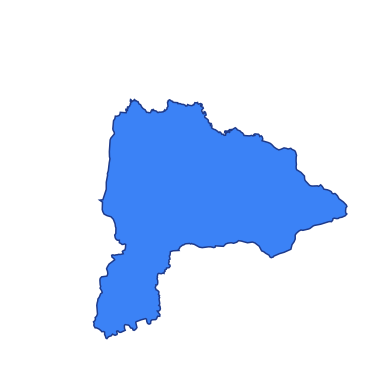 outline of Kueneng, Berea, Lesotho, rotated 339°
{"feature_id": "5366337B11149165517433", "entity_name": "Kueneng", "entity_type": "district", "adm_level": 2, "iso_a3": "LSO", "parent_name": "Lesotho", "parent_adm1": "Berea", "projection": "orthographic", "projection_center": [27.999, -29.014], "detail": "fine", "context": "isolated", "style": "filled", "palette": "blue", "viewbox_px": 384, "rotation_deg": 339, "n_neighbors": 0, "source": "geoboundaries", "source_scale": "gbopen_adm2", "svg_char_len": 6042}
<svg xmlns="http://www.w3.org/2000/svg" viewBox="0 0 384 384"><g transform="rotate(339 192 192)"><path d="M328.7,268.0L328.0,266.6L328.6,264.6L330.1,261.8L331.4,261.1L331.4,259.5L329.8,255.6L326.8,251.0L326.4,247.7L325.5,245.5L324.9,244.6L323.3,244.3L322.4,243.5L322.1,241.5L320.9,240.0L319.1,238.4L316.2,236.7L315.6,233.5L314.7,231.4L312.2,232.1L311.3,231.2L306.0,229.4L304.2,228.0L302.0,222.5L301.7,221.3L302.0,219.5L302.7,217.4L300.8,212.8L297.7,208.7L297.7,207.5L298.3,205.6L299.3,203.8L300.2,200.6L301.8,196.7L302.7,195.3L303.0,191.9L302.7,190.2L300.5,187.9L299.9,186.6L297.1,186.3L295.8,185.1L293.7,183.8L290.4,184.0L288.1,183.8L286.3,181.8L284.8,179.6L283.5,176.4L282.6,174.8L281.0,173.2L275.8,169.2L277.1,167.9L277.3,165.6L276.7,164.3L275.2,164.5L275.2,163.1L274.8,161.9L271.6,160.3L270.4,160.5L270.8,161.7L268.9,161.4L267.9,160.5L265.7,160.2L260.8,157.9L260.8,156.7L260.3,154.9L259.5,154.1L258.8,152.3L256.5,150.1L256.3,148.8L255.4,147.5L252.1,148.1L251.6,147.9L251.6,148.4L251.0,148.7L250.7,148.6L250.0,147.4L249.3,147.2L249.1,147.7L249.5,148.1L248.7,149.6L248.1,149.8L247.7,149.2L248.6,148.2L248.6,147.8L247.3,147.8L246.5,148.9L246.2,148.6L246.3,148.1L245.9,147.3L244.8,146.9L244.3,147.1L244.0,147.8L245.0,147.8L245.4,148.4L244.8,149.5L244.1,149.4L243.9,150.8L243.6,151.0L242.3,150.6L241.8,149.2L240.6,148.9L240.0,146.5L239.5,145.9L238.7,146.3L238.1,145.9L237.8,144.8L236.0,142.1L234.7,141.2L233.3,139.1L234.3,137.5L233.0,136.6L233.4,135.6L234.5,135.6L234.4,134.9L234.1,134.6L233.5,134.8L232.8,134.2L232.8,133.3L232.3,132.4L232.8,131.5L232.9,130.5L231.8,128.4L230.8,127.1L230.7,126.4L231.4,125.4L232.8,125.2L233.1,123.1L232.9,121.9L232.2,121.3L231.3,123.1L230.8,123.1L230.3,122.6L230.4,121.5L230.0,120.2L230.5,118.9L232.6,117.9L232.6,116.8L231.2,115.5L230.9,114.6L231.3,114.2L231.8,114.6L232.4,114.7L232.7,114.3L232.7,113.6L231.8,112.5L229.4,112.2L229.2,111.7L229.3,110.4L228.0,110.3L226.7,109.6L225.0,111.2L224.5,110.9L223.6,111.4L222.5,111.2L220.5,110.1L219.3,108.8L218.1,109.8L217.0,109.5L216.7,108.5L215.5,107.2L213.9,106.5L212.7,105.3L210.5,104.4L210.7,103.5L206.5,101.5L206.4,100.4L205.3,99.7L204.9,98.8L204.1,97.9L202.7,98.1L202.2,98.5L202.2,99.1L201.3,99.4L200.3,103.5L198.8,104.5L198.5,105.5L197.3,105.8L196.4,106.5L195.7,106.4L195.6,105.9L195.1,106.6L194.3,106.4L193.8,106.8L191.2,106.2L189.9,105.6L189.4,105.8L188.4,105.4L187.7,103.7L185.9,102.4L185.4,101.1L185.0,101.3L184.9,101.9L184.6,102.0L184.2,100.9L183.7,101.0L181.7,103.0L180.1,102.5L179.4,101.8L178.2,101.4L177.7,98.4L176.4,96.9L175.6,95.0L175.2,92.0L174.1,90.8L174.0,88.3L173.4,88.0L172.5,86.7L171.6,86.5L171.7,85.4L171.4,85.0L170.1,85.8L169.1,85.8L168.0,84.6L168.1,83.9L167.8,83.6L166.9,85.1L167.1,85.5L168.0,85.7L168.0,86.2L167.3,86.3L166.2,87.2L166.2,87.9L164.8,89.0L164.4,89.6L163.6,89.9L162.6,89.5L162.1,89.7L162.4,90.7L161.5,91.4L161.0,92.7L160.4,92.4L160.5,91.1L160.0,91.0L159.6,91.7L159.7,93.3L158.9,94.4L153.6,91.9L152.7,93.4L151.5,94.4L149.1,94.4L147.6,93.7L146.2,96.0L144.3,97.3L140.7,104.7L140.5,106.0L140.8,108.4L140.3,110.0L135.6,112.6L134.2,114.1L129.3,124.7L127.6,129.5L127.3,131.6L125.3,134.9L121.4,142.3L119.6,144.5L119.2,146.1L115.5,152.1L112.9,158.8L106.0,167.3L102.9,166.5L104.8,169.4L101.9,176.2L101.7,178.3L102.0,181.1L104.2,183.6L107.5,186.1L108.8,189.3L108.8,194.1L108.1,196.9L108.1,198.3L106.0,203.4L104.4,204.5L103.9,207.3L104.2,208.9L104.8,210.0L105.7,210.6L106.9,211.0L106.0,213.3L107.3,214.8L107.9,215.9L109.1,216.3L110.4,216.3L111.3,217.2L109.7,220.6L108.5,222.1L106.9,222.1L105.7,222.5L105.7,225.0L102.9,224.7L101.1,223.9L99.6,223.8L98.6,223.4L97.3,223.4L95.5,222.3L94.3,222.3L94.0,224.1L95.2,226.1L95.5,227.6L88.7,229.6L85.9,231.8L84.7,233.1L84.7,235.6L84.4,237.0L84.1,238.1L83.2,239.3L82.3,240.0L77.3,238.8L75.4,239.7L74.5,241.1L73.6,243.9L73.0,245.9L73.0,247.3L71.7,248.9L72.3,251.9L72.1,253.8L70.2,254.3L67.7,257.0L65.9,258.1L64.9,260.0L63.7,261.6L62.5,263.7L60.0,272.1L58.2,273.9L56.6,274.5L56.3,276.1L55.1,277.4L53.5,277.9L53.5,279.6L52.6,281.2L52.6,282.3L52.9,284.1L54.0,284.5L55.9,286.4L57.3,288.7L57.7,290.1L59.5,290.6L60.2,291.5L59.3,293.9L59.5,295.1L59.3,297.5L60.0,298.4L62.2,297.2L65.1,297.3L66.8,296.2L68.8,298.2L70.8,298.2L71.4,297.6L71.7,295.1L72.2,294.9L73.1,295.2L73.8,296.9L75.2,297.5L80.1,297.2L80.1,295.1L80.9,292.7L81.3,292.2L82.2,291.9L85.1,293.6L85.5,294.3L86.0,296.9L87.7,298.1L87.4,299.5L88.3,300.4L90.0,300.1L92.0,298.9L92.7,293.7L93.4,293.1L98.7,293.1L103.3,293.6L103.9,294.4L103.4,296.6L103.4,298.4L104.0,299.6L104.9,300.0L106.2,299.9L107.3,297.7L108.4,297.1L109.2,297.1L112.3,298.1L113.4,297.7L115.3,295.7L117.3,296.5L118.1,295.0L117.0,290.8L118.3,291.2L119.4,291.0L120.6,289.8L121.2,287.0L120.3,286.1L121.5,285.2L122.0,284.3L122.9,280.0L123.9,279.0L123.8,277.7L124.6,276.9L123.9,275.7L124.9,274.3L125.3,273.2L124.5,271.4L123.5,270.5L123.5,267.9L124.6,266.8L125.0,265.8L125.9,266.2L126.7,265.8L127.5,264.5L128.2,262.5L128.3,260.4L129.2,259.3L129.1,258.8L130.6,256.4L131.7,256.0L134.0,257.3L135.9,257.3L136.7,258.0L137.3,256.8L138.4,256.4L138.5,255.2L140.3,254.9L140.9,253.9L143.6,254.4L145.0,253.4L145.2,252.2L144.4,251.3L144.7,249.9L145.7,249.0L145.7,247.9L146.2,247.2L147.4,246.8L147.9,243.6L148.9,243.0L150.5,239.9L153.3,240.1L158.9,241.9L158.7,240.9L159.8,240.4L160.9,239.2L164.1,238.2L165.3,238.4L167.3,238.0L171.3,239.2L172.0,240.0L173.2,240.0L173.4,240.4L175.3,241.6L179.1,246.1L181.6,247.6L187.8,249.1L189.8,249.9L192.4,251.7L193.8,251.8L194.6,250.7L201.9,254.0L204.9,252.6L207.2,252.6L210.4,253.4L212.5,254.8L215.8,254.9L218.0,254.1L220.5,255.5L225.6,259.3L230.5,260.4L232.5,262.1L235.3,266.7L235.9,271.9L237.5,273.4L238.9,275.7L241.3,278.6L241.5,280.6L242.4,281.7L244.6,281.8L245.4,281.2L251.6,280.9L256.4,281.3L263.8,280.9L266.5,277.0L269.5,275.0L271.5,272.9L272.9,269.2L274.6,268.0L277.7,266.8L280.1,266.5L281.7,267.5L287.4,268.3L289.0,268.3L293.1,267.1L294.4,267.1L300.6,268.2L308.8,268.7L310.2,269.0L311.6,269.7L313.3,268.7L314.1,267.4L315.4,267.4L317.5,268.7L318.9,269.1L320.6,268.8L322.9,269.3L326.5,269.1L328.7,268.0Z" fill="#3b82f6" stroke="#1e3a8a" stroke-width="1.5"/></g></svg>